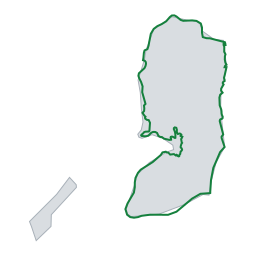 West Bank highlighted on a map of Palestine
{"feature_id": "WEB+00?", "entity_name": "West Bank", "entity_type": "state/province", "adm_level": 1, "iso_a3": "PSE", "parent_name": "Palestine", "parent_adm1": "", "projection": "mercator", "projection_center": [35.24, 31.944], "detail": "fine", "context": "in_parent", "style": "outline", "palette": "green", "viewbox_px": 256, "rotation_deg": 0, "n_neighbors": 0, "source": "natural_earth", "source_scale": "10m", "svg_char_len": 3163}
<svg xmlns="http://www.w3.org/2000/svg" viewBox="0 0 256 256"><path d="M223.5,40.4L226.5,67.1L221.1,89.9L220.6,109.9L224.6,147.0L216.0,162.7L211.2,181.2L209.0,195.1L203.0,194.5L184.1,204.6L158.9,214.1L131.2,216.6L127.3,213.8L126.2,209.0L134.3,185.5L137.4,174.5L149.4,162.5L166.4,152.2L173.6,149.6L172.8,145.1L162.7,138.3L152.1,134.7L142.0,138.3L138.9,137.2L137.8,134.2L141.3,129.9L143.0,122.0L141.4,108.8L140.3,92.6L138.1,80.1L144.4,59.8L146.0,50.1L153.8,29.3L172.1,16.8L188.0,20.4L196.4,21.3L199.9,23.8L202.2,31.0L213.9,39.3L223.5,40.4ZM69.5,177.4L76.2,184.7L76.4,187.4L51.3,214.7L51.0,226.4L36.2,240.6L31.5,226.6L29.5,221.5L56.6,194.4L69.5,177.4Z" fill="#d9dde1" stroke="#a8b0b8" stroke-width="1"/><path d="M174.6,15.5L176.5,16.5L180.6,19.9L183.2,20.8L192.2,20.4L196.5,20.9L200.8,23.5L202.0,27.5L202.0,32.8L202.8,37.1L206.5,38.2L209.9,38.3L213.3,39.2L224.9,42.2L225.3,43.5L225.5,45.0L224.6,45.0L224.6,43.9L223.6,43.9L223.6,45.0L224.3,46.7L224.2,51.8L225.5,54.3L224.9,56.3L224.8,59.5L225.4,62.7L226.5,64.7L225.8,65.1L225.3,65.6L224.9,66.2L224.6,67.2L226.5,67.2L224.7,75.2L224.0,77.9L224.6,79.9L224.6,81.1L223.5,81.7L222.8,82.5L222.8,83.4L223.6,84.5L221.2,88.6L221.1,90.6L222.6,92.7L220.2,94.7L219.4,97.6L219.7,105.4L221.2,109.4L221.5,111.2L221.6,113.5L221.9,114.9L222.7,116.7L222.6,118.1L221.9,118.9L220.9,119.1L220.1,119.6L219.7,121.0L223.2,134.5L221.6,136.6L221.6,137.9L224.6,147.0L220.1,152.1L216.5,160.5L213.3,167.9L211.0,180.1L210.2,192.6L210.3,192.9L210.3,193.0L210.2,193.1L200.4,193.8L192.1,198.6L176.5,211.7L168.1,214.8L150.2,214.7L141.6,215.8L138.0,217.1L134.0,217.7L130.2,217.1L127.1,214.7L125.4,209.1L127.5,203.5L133.9,192.6L134.8,187.1L134.8,182.4L135.5,177.9L137.7,173.4L138.0,172.8L140.7,169.7L152.9,161.9L157.8,157.6L160.8,155.0L162.5,152.4L165.8,151.7L166.6,152.4L168.3,152.6L170.2,154.6L173.9,154.1L175.9,155.5L176.6,154.8L177.1,155.1L177.6,155.9L178.6,156.4L179.2,156.2L179.5,154.7L180.2,154.0L180.6,151.6L181.4,150.9L182.1,149.8L181.7,148.4L180.7,147.5L180.7,146.3L181.4,143.9L182.1,142.9L181.7,142.4L181.5,141.0L181.1,139.1L181.8,138.0L182.4,136.7L181.7,136.3L180.8,136.2L180.5,135.9L181.3,134.6L180.8,134.1L180.3,133.7L179.5,133.5L177.9,134.0L177.0,132.7L176.8,131.5L176.9,129.8L176.3,127.8L174.8,127.4L173.9,128.1L173.8,129.1L174.4,130.4L175.0,132.1L175.4,134.5L175.4,137.1L175.4,137.8L175.0,138.0L172.6,136.7L171.7,136.6L170.8,136.9L170.6,137.8L171.1,138.8L171.1,139.7L169.4,139.9L164.1,138.7L161.8,137.0L160.6,137.1L158.4,135.9L157.1,133.0L155.4,132.0L153.7,131.9L152.5,132.1L151.0,133.0L148.4,135.6L146.3,136.2L144.7,136.3L141.6,135.9L141.2,135.5L141.4,134.8L143.0,133.5L144.2,132.1L145.4,131.7L148.8,131.5L149.4,130.8L150.0,122.8L148.7,120.1L146.8,119.8L145.2,118.6L145.0,117.6L145.5,116.7L144.6,115.9L142.5,112.9L144.1,111.0L144.3,108.4L144.0,105.5L145.5,103.9L142.2,92.2L142.6,86.4L141.1,82.0L139.1,78.0L138.4,75.8L138.9,73.3L144.5,68.1L145.5,66.0L146.0,63.8L145.8,62.1L144.8,60.8L143.0,60.2L143.4,58.0L143.9,52.7L144.5,50.5L145.1,50.1L147.0,49.4L147.5,49.0L148.6,45.5L149.1,42.6L150.8,33.8L153.7,28.9L157.4,26.1L161.7,24.1L166.2,21.3L169.8,17.1L171.8,15.5L174.3,15.4L174.6,15.5Z" fill="none" stroke="#15803d" stroke-width="2"/></svg>